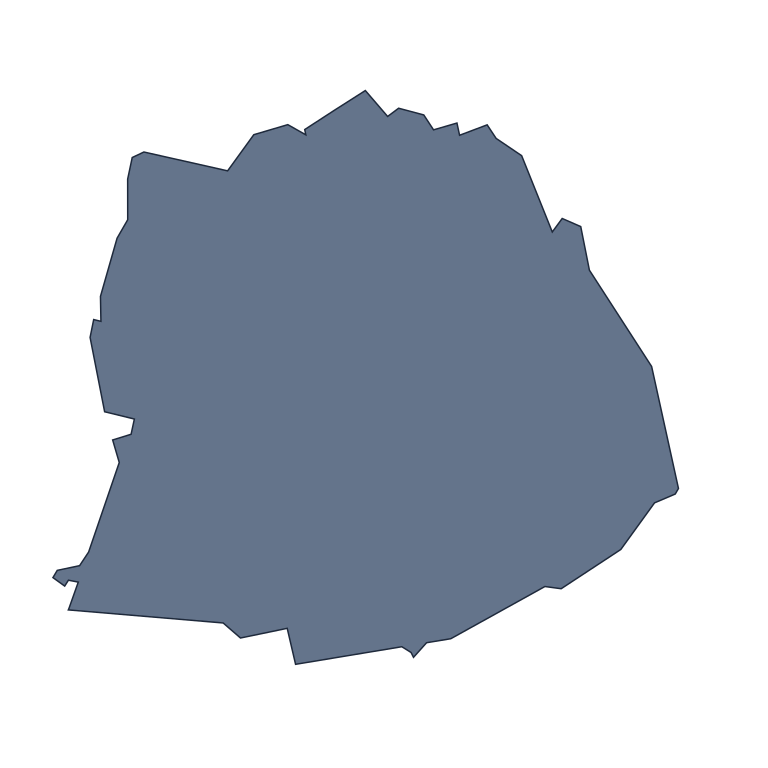 the district of Cumberland, Tennessee, United States of America, rotated 7°
{"feature_id": "52423323B38317111384008", "entity_name": "Cumberland", "entity_type": "district", "adm_level": 2, "iso_a3": "USA", "parent_name": "United States of America", "parent_adm1": "Tennessee", "projection": "equal_earth", "projection_center": [-85.048, 35.958], "detail": "fine", "context": "isolated", "style": "filled", "palette": "slate", "viewbox_px": 768, "rotation_deg": 7, "n_neighbors": 0, "source": "geoboundaries", "source_scale": "gbopen_adm2", "svg_char_len": 878}
<svg xmlns="http://www.w3.org/2000/svg" viewBox="0 0 768 768"><g transform="rotate(7 384 384)"><path d="M454.8,114.2L428.7,127.9L424.6,116.1L402.2,125.7L390.7,112.1L364.9,108.5L355.0,118.0L329.7,95.0L301.7,118.1L274.3,141.1L276.0,146.2L256.9,138.3L224.4,152.4L202.8,191.5L117.4,183.0L106.5,189.9L104.6,211.9L109.6,252.2L101.3,271.8L91.9,331.6L95.4,356.3L88.0,355.4L86.6,373.6L110.1,445.6L140.5,449.2L139.1,464.7L121.5,472.6L130.8,494.2L111.3,586.8L104.0,601.4L82.4,608.8L79.0,616.5L91.7,623.5L94.7,617.2L104.7,617.9L98.7,644.9L98.2,646.7L253.5,640.8L272.5,653.6L317.7,638.3L330.4,673.0L433.7,642.6L443.6,647.2L446.6,651.7L457.8,635.6L481.3,628.7L568.4,565.4L584.8,565.6L639.2,519.4L667.0,469.0L686.5,457.7L689.0,451.8L647.5,334.0L574.0,246.0L560.1,203.8L540.7,198.0L532.5,212.6L492.8,140.6L465.4,126.6L454.8,114.2Z" fill="#64748b" stroke="#1e293b" stroke-width="1.5"/></g></svg>